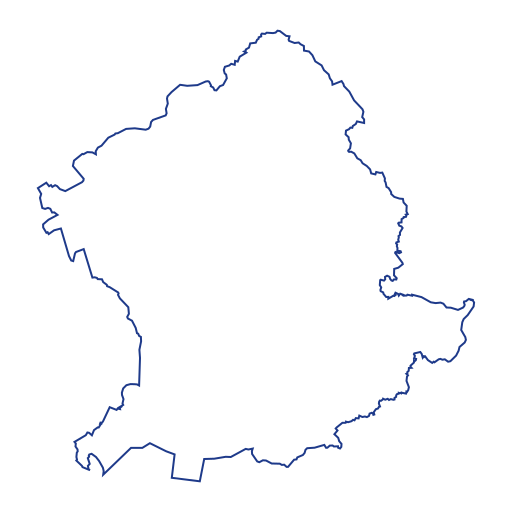 the district of Acaxochitlán, Hidalgo, Mexico
{"feature_id": "50627088B79111544799343", "entity_name": "Acaxochitlán", "entity_type": "district", "adm_level": 2, "iso_a3": "MEX", "parent_name": "Mexico", "parent_adm1": "Hidalgo", "projection": "mercator", "projection_center": [-98.184, 20.165], "detail": "fine", "context": "isolated", "style": "outline", "palette": "blue", "viewbox_px": 512, "rotation_deg": 0, "n_neighbors": 0, "source": "geoboundaries", "source_scale": "gbopen_adm2", "svg_char_len": 5981}
<svg xmlns="http://www.w3.org/2000/svg" viewBox="0 0 512 512"><path d="M82.3,153.9L74.0,160.6L72.9,166.0L83.7,178.8L83.4,180.6L82.0,182.2L65.3,191.1L59.9,189.1L57.1,186.1L55.1,185.2L52.3,186.9L51.0,185.1L49.1,186.2L46.3,182.7L37.9,188.1L41.2,193.9L40.0,197.9L42.3,208.0L45.1,208.9L48.0,207.9L50.3,208.8L52.1,212.5L54.3,212.4L57.5,214.9L48.5,219.7L43.1,224.4L43.2,227.5L46.4,232.8L47.6,232.2L48.7,234.1L54.1,230.3L60.9,228.5L69.0,256.1L71.2,260.5L73.2,261.1L75.0,253.4L76.0,252.0L83.7,249.1L92.4,277.6L94.7,277.3L96.9,277.9L97.7,279.1L102.0,279.3L103.2,282.1L106.8,284.8L107.1,286.2L109.6,287.1L118.2,292.5L118.6,293.5L118.0,294.8L119.9,298.4L128.3,307.2L128.9,313.8L127.2,316.9L127.9,318.5L132.0,320.7L135.7,327.9L137.0,333.2L138.2,333.7L139.1,335.9L140.9,336.9L141.1,341.3L139.4,349.8L140.0,357.9L139.1,385.5L137.0,384.4L134.4,384.2L130.4,384.1L126.4,385.2L123.2,388.4L121.9,392.6L122.0,395.0L123.5,399.1L122.5,403.5L123.2,404.9L119.6,407.1L120.6,407.3L119.7,408.0L120.0,409.1L117.6,408.6L116.6,409.9L109.7,407.2L103.0,421.4L101.9,422.8L100.5,422.6L100.1,423.7L102.1,423.7L100.9,424.0L98.7,427.5L97.7,427.4L94.0,430.1L91.9,435.3L89.1,432.8L87.4,432.5L85.8,435.2L74.5,441.9L75.8,443.5L75.5,446.5L77.5,449.4L77.7,451.3L76.8,452.7L76.4,457.0L77.0,459.6L76.3,460.5L81.9,465.8L82.5,467.1L90.0,470.2L88.6,469.3L87.9,465.9L89.7,463.9L87.8,458.1L89.1,456.7L88.8,455.4L89.3,454.5L91.6,453.8L96.0,457.0L99.1,461.0L102.9,467.7L103.7,471.1L103.2,474.7L131.0,447.9L142.3,447.9L149.9,443.2L166.2,451.3L174.6,454.4L171.8,477.8L199.8,481.3L204.2,459.0L214.3,458.7L225.7,456.8L230.8,457.0L245.7,448.9L248.4,449.5L252.7,448.6L251.9,451.1L252.1,454.0L257.2,461.4L259.3,462.2L262.9,460.3L266.0,460.5L271.7,463.5L279.8,463.7L281.8,464.9L284.2,464.7L286.6,466.9L288.0,466.9L294.1,459.7L296.5,459.4L297.3,457.4L302.9,455.0L304.6,452.9L305.5,449.8L307.2,448.2L314.6,447.7L324.3,444.9L326.1,447.8L327.4,447.7L329.8,445.6L332.6,445.5L333.9,446.5L338.0,446.3L338.1,447.7L340.0,448.5L341.3,446.9L341.5,443.9L339.2,441.2L338.2,437.8L334.4,434.2L337.5,430.5L335.7,428.5L336.7,427.4L342.4,422.8L345.4,422.8L346.2,422.4L346.1,421.7L348.2,422.2L351.5,421.2L353.1,419.8L354.5,420.3L355.8,418.1L358.6,418.4L359.3,415.6L362.4,417.0L364.9,416.5L366.9,417.1L369.0,415.9L369.6,413.6L371.7,412.8L373.2,413.9L373.4,414.8L374.3,414.5L373.7,412.3L374.6,411.0L375.9,409.2L378.0,408.5L378.9,406.9L380.0,406.5L378.9,403.6L379.1,401.8L379.8,400.6L381.0,400.8L382.9,399.4L383.1,398.7L385.2,399.7L387.7,398.8L389.0,400.0L390.8,399.1L393.5,399.8L394.5,399.5L394.5,397.9L396.1,396.9L396.2,395.3L396.9,394.2L398.6,393.7L398.7,392.8L399.8,393.2L401.2,392.6L401.5,393.3L402.2,392.8L406.0,393.6L406.4,391.6L407.0,392.0L408.2,390.1L408.9,387.2L406.5,380.9L407.0,376.6L408.0,375.3L406.4,373.8L407.4,373.3L407.3,372.1L408.7,370.8L408.9,368.0L411.5,367.8L410.5,366.7L410.5,365.7L413.9,362.6L414.0,360.9L414.4,361.4L415.8,360.2L416.1,358.9L414.1,358.3L414.9,355.9L413.9,354.2L414.3,353.4L420.3,352.0L421.7,353.9L422.6,357.2L423.1,356.1L424.2,356.2L423.9,357.1L425.2,356.4L427.9,360.1L432.2,362.9L433.7,361.7L434.5,362.3L438.7,359.3L440.4,358.9L442.4,359.7L444.8,359.3L448.1,361.7L450.4,361.2L456.1,355.6L458.6,350.7L459.5,347.0L464.7,342.5L465.9,339.9L465.3,337.1L461.2,330.0L462.3,322.2L463.7,319.0L467.7,315.1L473.6,306.5L474.1,302.5L472.8,300.4L471.5,300.1L472.0,299.7L468.8,298.9L466.0,301.2L464.1,301.5L463.9,302.5L464.7,304.8L464.2,306.2L463.0,307.6L458.0,309.9L450.8,307.7L446.5,307.5L443.4,303.7L440.6,302.6L435.6,303.1L430.8,302.3L421.5,297.1L412.1,294.7L412.1,295.7L407.4,294.7L406.7,295.5L403.4,295.7L402.6,295.1L403.0,294.7L400.2,293.7L398.8,295.6L398.2,294.0L395.5,292.7L394.7,294.4L395.5,295.0L394.3,296.0L393.2,295.8L388.3,298.7L388.3,296.9L386.2,297.0L383.5,293.8L383.2,292.4L380.7,291.2L380.4,290.0L381.2,287.4L379.8,285.1L380.2,280.1L380.7,279.7L384.0,280.6L385.2,279.3L385.0,276.9L387.1,275.7L389.5,276.8L390.2,279.0L391.5,280.5L392.7,280.9L393.9,279.4L396.3,279.5L396.7,278.2L394.0,275.3L394.2,268.9L398.3,267.7L402.8,264.1L402.4,262.8L395.1,252.9L395.5,252.0L399.3,253.2L401.0,252.3L400.6,251.2L397.3,250.7L397.5,248.0L396.8,246.1L397.2,244.6L396.1,243.4L396.4,242.4L398.8,241.6L398.2,239.8L398.8,237.4L398.5,236.1L400.0,234.9L399.9,232.5L402.6,228.0L401.4,226.4L399.3,225.7L398.2,223.3L398.7,222.7L401.5,222.4L401.6,219.1L403.5,218.0L403.7,217.1L406.0,216.8L406.4,215.5L405.8,214.6L407.7,214.1L406.4,211.5L406.7,205.8L403.6,202.5L402.9,198.9L399.5,198.6L394.3,196.9L391.2,194.0L391.1,192.1L388.6,188.1L386.5,186.9L385.6,182.4L384.7,180.9L384.9,178.4L382.3,172.6L380.0,172.9L376.2,172.0L375.4,174.4L371.2,173.4L370.1,169.4L366.8,166.0L362.6,163.3L360.7,160.2L357.3,158.3L354.3,153.4L351.2,151.7L349.1,151.9L348.4,151.3L348.2,150.5L350.1,148.4L350.9,143.3L348.8,139.7L348.6,137.2L345.6,134.4L346.0,130.6L349.0,129.2L350.4,127.6L352.3,127.8L352.8,126.0L355.8,124.0L357.0,121.4L364.1,123.0L364.1,119.4L362.2,117.1L363.4,111.8L362.5,109.3L354.1,100.4L349.3,91.6L344.0,86.1L343.5,84.1L341.6,81.1L332.5,84.7L332.1,81.4L329.9,78.3L328.7,74.4L324.0,70.2L321.6,65.4L315.3,61.4L312.4,55.2L309.0,51.5L304.0,50.6L303.9,46.0L300.5,44.2L298.7,42.5L294.6,43.0L289.1,40.9L288.6,39.7L289.5,36.3L286.2,35.9L279.9,31.1L277.5,30.7L275.6,32.6L273.0,33.1L266.7,32.7L265.1,33.9L261.9,33.6L261.1,34.5L261.2,36.4L258.7,37.3L258.6,38.7L257.0,39.9L255.8,42.7L250.2,43.4L249.0,47.6L245.8,49.5L245.7,50.9L244.2,51.5L246.3,52.7L239.7,56.7L237.7,61.6L235.1,60.9L234.7,64.8L231.2,63.8L229.2,65.5L224.9,66.8L223.8,70.0L224.7,73.4L226.1,74.5L226.8,78.3L223.1,85.0L219.9,86.2L216.4,90.4L214.5,90.2L213.2,87.5L210.8,86.2L211.0,85.3L209.1,81.7L207.9,81.2L205.7,81.5L197.5,85.1L187.2,85.8L180.1,84.8L171.5,92.1L167.5,96.4L167.0,98.6L167.8,103.6L165.9,108.9L166.6,113.3L165.7,115.4L153.0,119.9L151.1,122.0L150.2,126.6L148.5,128.7L145.7,129.7L134.8,128.3L126.1,128.9L117.8,133.2L115.4,133.5L114.6,134.6L108.3,137.7L101.5,145.7L97.9,147.6L95.7,151.3L95.9,154.3L92.4,152.4L87.3,152.1L83.5,154.2L82.3,153.9Z" fill="none" stroke="#1e3a8a" stroke-width="2"/></svg>